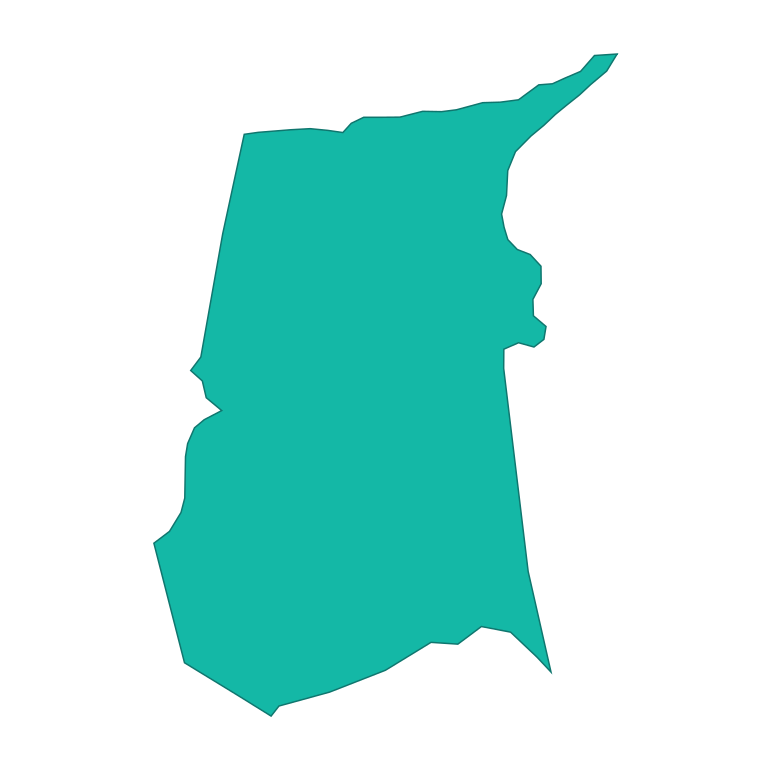 Areia de Baraúnas, Paraíba, Brazil, rotated 181°
{"feature_id": "56859067B67861482735217", "entity_name": "Areia de Baraúnas", "entity_type": "district", "adm_level": 2, "iso_a3": "BRA", "parent_name": "Brazil", "parent_adm1": "Paraíba", "projection": "orthographic", "projection_center": [-36.973, -7.117], "detail": "fine", "context": "isolated", "style": "filled", "palette": "teal", "viewbox_px": 768, "rotation_deg": 181, "n_neighbors": 0, "source": "geoboundaries", "source_scale": "gbopen_adm2", "svg_char_len": 1077}
<svg xmlns="http://www.w3.org/2000/svg" viewBox="0 0 768 768"><g transform="rotate(181 384 384)"><path d="M611.3,220.8L578.6,101.8L524.7,70.1L491.1,50.0L483.4,60.2L433.0,75.0L377.6,97.8L332.5,126.5L305.6,125.2L282.4,143.2L253.1,138.1L226.4,113.7L212.0,98.9L236.6,199.1L264.6,401.6L264.8,420.9L250.2,427.6L234.7,423.6L224.9,431.4L223.0,444.3L235.8,454.8L236.6,471.2L228.6,487.0L229.1,504.5L240.1,516.0L253.1,520.8L262.7,530.5L266.7,542.9L269.4,556.0L264.8,574.6L264.0,599.5L256.6,618.6L241.4,634.5L228.6,645.5L217.4,656.5L207.3,665.1L193.4,676.6L182.5,687.1L166.8,700.8L156.7,718.0L179.3,716.1L192.9,700.0L207.8,693.3L220.9,687.1L234.5,685.8L254.5,670.5L272.8,667.8L290.2,667.0L316.5,659.4L331.2,657.3L350.1,657.3L372.8,651.1L392.0,650.6L409.0,650.3L421.3,644.1L429.5,634.7L444.7,636.6L462.3,638.0L481.5,636.6L514.3,633.4L528.1,631.2L547.9,531.3L567.6,407.8L577.5,394.1L565.7,383.9L561.5,367.2L545.8,354.6L563.1,345.2L572.7,336.9L579.3,321.0L581.2,307.9L581.2,286.4L581.2,266.5L584.7,252.0L595.9,232.9L611.3,220.8Z" fill="#14b8a6" stroke="#0f766e" stroke-width="1.5"/></g></svg>